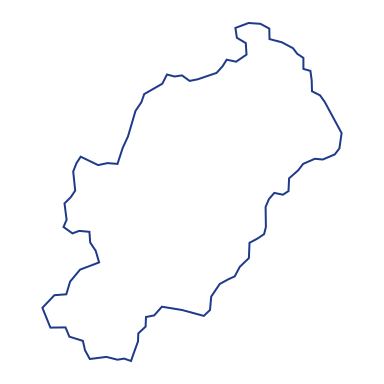 the district of Tabaí, Rio Grande do Sul, Brazil
{"feature_id": "56859067B50369544487045", "entity_name": "Tabaí", "entity_type": "district", "adm_level": 2, "iso_a3": "BRA", "parent_name": "Brazil", "parent_adm1": "Rio Grande do Sul", "projection": "orthographic", "projection_center": [-51.732, -29.667], "detail": "fine", "context": "isolated", "style": "outline", "palette": "blue", "viewbox_px": 384, "rotation_deg": 0, "n_neighbors": 0, "source": "geoboundaries", "source_scale": "gbopen_adm2", "svg_char_len": 1261}
<svg xmlns="http://www.w3.org/2000/svg" viewBox="0 0 384 384"><path d="M122.7,147.9L117.5,163.9L107.5,163.1L98.1,165.1L80.7,156.7L76.5,163.1L73.2,171.5L75.2,190.6L70.7,197.3L64.5,203.4L66.6,219.8L63.5,227.0L72.5,233.4L79.1,230.9L89.4,231.8L90.2,242.5L95.7,250.8L99.1,262.4L80.1,269.6L70.1,281.6L66.3,294.3L54.4,295.2L42.4,307.8L50.4,327.6L65.5,327.4L69.4,336.7L82.9,340.9L85.0,350.2L89.8,359.0L106.4,356.9L117.5,359.7L124.1,358.6L131.0,361.0L133.4,354.1L138.0,341.4L138.3,333.4L145.6,326.6L146.0,317.0L154.2,315.4L161.9,306.7L182.0,310.0L203.8,315.9L210.0,310.0L211.2,296.6L219.7,284.0L228.5,279.2L234.7,276.4L239.8,266.8L248.9,258.1L249.5,242.8L257.6,238.5L264.1,234.1L265.9,227.0L265.6,206.9L269.0,199.0L274.3,192.9L282.9,194.7L288.5,191.1L289.1,178.3L298.2,170.3L303.1,163.9L314.8,158.8L322.8,159.5L334.8,154.4L339.4,148.4L341.6,133.1L324.6,101.7L320.0,95.3L312.0,91.3L311.7,80.4L310.4,70.9L303.4,68.9L303.4,57.9L297.2,53.8L293.0,48.2L281.9,42.3L269.5,39.1L269.3,28.6L260.4,23.8L248.6,23.0L235.4,27.9L236.9,37.8L245.8,43.1L246.5,54.6L236.1,61.7L226.7,59.7L222.6,66.2L216.6,72.9L197.7,79.3L189.6,80.9L182.0,75.4L174.5,76.5L167.0,74.5L162.3,83.7L144.2,94.1L141.4,102.2L135.5,110.9L128.0,136.4L122.7,147.9Z" fill="none" stroke="#1e3a8a" stroke-width="2"/></svg>